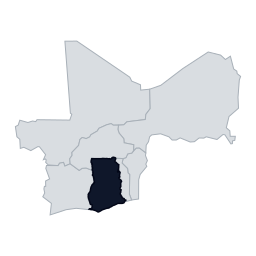 Ghana and the surrounding countries
{"feature_id": "GHA", "entity_name": "Ghana", "entity_type": "country or territory", "adm_level": 0, "iso_a3": "GHA", "parent_name": "Africa", "parent_adm1": "", "projection": "orthographic", "projection_center": [-1.079, 7.965], "detail": "fine", "context": "with_neighbors", "style": "filled", "palette": "ink", "viewbox_px": 256, "rotation_deg": 0, "n_neighbors": 6, "source": "natural_earth", "source_scale": "50m", "svg_char_len": 5335}
<svg xmlns="http://www.w3.org/2000/svg" viewBox="0 0 256 256"><path d="M20.3,148.4L19.8,139.3L16.9,136.8L15.4,126.6L18.2,125.1L19.8,120.2L27.9,122.5L32.6,121.0L35.7,121.6L37.0,119.7L69.8,120.1L71.8,114.2L70.4,113.2L64.9,41.2L76.8,41.1L129.8,77.2L131.7,81.1L140.5,84.8L140.7,90.1L149.7,89.2L150.2,108.6L145.9,114.3L145.3,119.5L126.9,121.8L123.8,124.8L113.3,125.2L111.2,123.6L106.6,124.8L98.9,128.3L97.3,131.0L90.9,134.7L89.7,136.9L86.2,138.6L82.2,137.5L79.9,139.5L78.6,145.4L71.9,152.4L72.1,155.3L69.7,158.8L70.2,163.8L64.8,166.1L63.5,162.4L59.6,163.2L58.1,165.6L48.2,164.9L45.7,162.4L46.2,159.9L45.2,158.9L43.4,159.7L45.6,154.7L39.5,146.8L37.9,146.6L30.8,150.6L23.8,147.3L20.3,148.4Z" fill="#d9dde1" stroke="#a8b0b8" stroke-width="1"/><path d="M138.6,199.0L131.6,200.0L129.4,194.2L129.7,174.5L128.0,172.8L127.6,168.6L122.1,163.1L123.1,158.6L126.0,157.6L127.7,153.9L131.8,153.1L136.3,148.0L139.3,147.9L145.8,152.8L145.5,155.6L147.4,160.6L145.8,164.1L146.8,166.4L140.2,174.4L138.7,179.8L138.6,199.0Z" fill="#d9dde1" stroke="#a8b0b8" stroke-width="1"/><path d="M230.4,56.2L233.7,69.0L236.8,71.1L237.2,73.7L240.6,76.4L239.3,80.1L238.0,97.2L238.5,108.2L229.0,116.5L226.3,127.8L229.8,130.8L230.2,136.3L235.3,136.3L234.8,140.3L232.5,140.9L232.4,143.6L230.9,143.9L224.9,134.8L223.0,134.5L217.0,139.5L206.2,136.8L203.9,138.1L199.1,138.0L194.4,141.7L190.2,142.0L180.1,137.9L176.3,140.0L172.1,140.0L168.9,136.8L160.6,133.8L151.7,134.9L149.6,136.8L148.5,141.7L146.2,145.2L145.8,152.8L139.3,147.9L136.3,148.0L133.6,150.5L133.7,144.7L124.1,142.8L123.8,138.7L119.1,133.1L117.9,129.3L118.5,125.2L123.8,124.8L126.9,121.8L145.3,119.5L145.9,114.3L150.2,108.6L149.7,89.2L160.8,85.3L182.9,68.5L208.2,52.0L220.6,55.1L225.4,59.5L230.4,56.2Z" fill="#d9dde1" stroke="#a8b0b8" stroke-width="1"/><path d="M123.1,158.6L122.1,163.1L127.6,168.6L128.0,172.8L129.7,174.5L129.4,194.2L131.6,200.0L124.7,201.9L120.5,193.5L119.8,189.3L121.7,181.6L119.6,178.4L118.7,165.5L115.2,161.1L115.8,158.5L123.1,158.6Z" fill="#d9dde1" stroke="#a8b0b8" stroke-width="1"/><path d="M46.5,165.5L58.1,165.6L59.6,163.2L63.5,162.4L64.8,166.1L70.2,163.8L79.2,170.4L82.1,168.3L86.1,168.0L91.8,170.2L94.0,182.4L90.4,189.5L88.1,199.2L91.8,206.5L91.4,209.9L76.2,208.3L66.1,209.7L50.1,214.9L51.4,203.4L42.8,196.8L44.7,193.0L43.9,188.9L44.4,186.4L45.7,186.4L45.6,181.0L49.6,178.9L45.8,168.4L46.5,165.5Z" fill="#d9dde1" stroke="#a8b0b8" stroke-width="1"/><path d="M70.2,163.8L69.7,158.8L72.1,155.3L71.9,152.4L78.6,145.4L79.9,139.5L82.2,137.5L86.2,138.6L89.7,136.9L90.9,134.7L97.3,131.0L98.9,128.3L106.6,124.8L111.2,123.6L113.3,125.2L118.5,125.2L117.9,129.3L119.1,133.1L123.8,138.7L124.1,142.8L133.7,144.7L133.6,150.5L131.8,153.1L127.7,153.9L126.0,157.6L123.1,158.6L111.9,157.8L109.2,159.2L90.9,158.9L91.8,170.2L86.1,168.0L82.1,168.3L79.2,170.4L70.2,163.8Z" fill="#d9dde1" stroke="#a8b0b8" stroke-width="1"/><path d="M115.0,157.6L115.6,158.1L115.7,158.4L115.5,159.5L115.1,160.3L114.8,161.0L114.9,161.4L115.1,161.8L115.9,162.3L116.4,162.7L116.9,163.3L117.4,163.8L118.4,164.5L118.8,164.7L118.8,164.8L118.7,165.1L118.6,167.8L118.5,168.5L118.4,168.8L118.4,169.8L118.3,170.0L118.1,169.9L117.9,170.0L117.9,170.4L118.5,170.5L118.4,170.7L118.0,170.8L117.8,171.1L117.8,171.5L117.6,171.7L117.7,171.9L117.8,172.1L118.1,172.0L118.8,171.5L119.1,171.5L119.4,171.6L120.1,172.3L120.1,172.6L119.8,173.8L119.6,174.7L119.5,175.9L119.8,176.6L119.8,177.0L119.5,177.3L118.8,177.7L118.9,178.1L119.2,178.7L119.7,179.3L120.9,180.1L121.5,181.2L121.5,181.6L121.1,182.1L120.7,182.4L120.6,183.0L120.8,186.6L119.9,188.1L119.9,188.5L120.0,189.1L120.2,189.4L120.7,189.5L121.1,189.8L120.9,190.8L120.7,192.0L120.7,192.5L120.3,193.0L120.1,193.3L120.2,193.7L120.2,194.1L120.3,194.5L120.8,195.0L121.4,196.3L121.7,196.4L121.8,196.6L121.7,196.9L122.0,197.5L122.7,198.0L123.5,198.5L124.1,198.6L124.2,199.0L124.6,199.6L124.9,199.8L125.4,200.0L125.8,200.1L125.8,200.5L125.1,200.9L124.6,201.4L124.3,202.1L123.8,202.9L122.1,203.4L121.4,203.4L117.9,203.4L114.6,205.0L112.8,205.6L111.6,206.5L110.0,207.2L108.9,208.0L106.7,208.3L102.9,209.6L101.8,210.1L100.6,210.9L98.7,211.9L97.9,211.9L96.4,211.0L95.3,210.5L92.5,209.7L90.5,209.5L89.5,209.1L89.2,209.1L89.4,208.8L90.0,208.7L90.6,208.8L91.1,208.6L91.8,208.6L91.9,208.3L92.0,207.6L92.0,207.1L92.2,206.8L92.3,206.2L92.0,204.7L91.7,204.6L90.5,204.4L90.4,204.1L90.2,203.8L90.0,203.0L89.7,201.9L89.3,200.6L88.5,198.3L88.3,197.5L88.2,196.7L88.2,195.8L88.3,195.4L88.3,194.9L88.2,194.4L88.8,193.3L89.9,191.9L90.2,191.4L90.4,191.0L90.4,190.5L90.6,188.9L91.1,186.9L91.5,186.2L91.7,185.8L92.0,185.1L92.1,184.8L93.1,184.0L93.6,183.8L93.7,183.5L93.5,183.2L93.8,182.9L94.2,182.8L94.5,182.5L94.0,180.0L93.7,177.6L93.7,177.4L93.5,177.1L93.3,176.1L92.9,175.5L92.5,175.3L92.5,174.7L93.0,173.8L93.1,173.3L92.9,173.1L92.8,172.7L93.0,172.0L92.9,171.6L92.8,171.1L92.3,170.1L92.2,169.3L92.5,168.9L92.5,167.9L92.2,166.4L92.2,165.5L92.3,165.1L92.3,164.7L91.9,164.4L91.9,164.0L92.2,163.7L92.1,163.4L91.8,163.3L91.4,162.8L91.1,162.1L91.2,160.9L91.8,158.8L91.8,158.6L92.5,158.6L94.5,158.7L96.9,158.7L99.6,158.7L102.2,158.6L102.3,158.5L102.7,158.4L105.3,158.6L106.8,158.5L107.5,158.6L108.0,158.8L109.1,158.7L109.7,158.7L110.2,159.2L110.3,159.2L110.6,159.0L111.0,158.8L111.5,158.6L111.8,158.1L112.0,157.8L112.3,157.9L112.7,157.9L113.0,157.6L113.1,157.2L115.0,157.6Z" fill="#0f172a" stroke="#020617" stroke-width="1.5"/></svg>